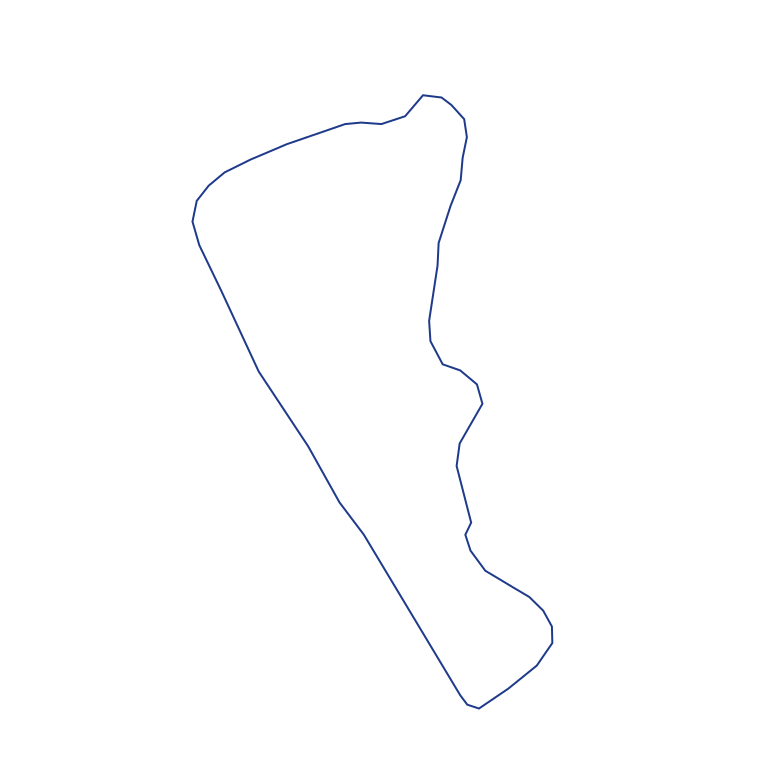 outline of Elobey Chico, Equatorial Guinea, rotated 194°
{"feature_id": "11065452B42024070816207", "entity_name": "Elobey Chico", "entity_type": "district", "adm_level": 2, "iso_a3": "GNQ", "parent_name": "Equatorial Guinea", "parent_adm1": "", "projection": "albers", "projection_center": [9.518, 1.0], "detail": "fine", "context": "isolated", "style": "outline", "palette": "blue", "viewbox_px": 768, "rotation_deg": 194, "n_neighbors": 0, "source": "geoboundaries", "source_scale": "gbopen_adm2", "svg_char_len": 751}
<svg xmlns="http://www.w3.org/2000/svg" viewBox="0 0 768 768"><g transform="rotate(194 384 384)"><path d="M225.6,93.0L213.3,92.1L189.6,118.6L167.6,147.8L158.0,173.4L162.4,189.3L174.7,202.6L191.5,212.5L212.3,218.7L240.5,227.3L259.7,243.2L268.6,257.4L265.9,270.6L293.7,322.0L296.2,344.6L283.7,388.6L293.7,406.1L313.3,415.6L331.8,417.3L349.3,436.8L355.5,456.2L360.7,511.9L365.1,534.0L362.5,572.9L358.9,600.3L362.4,622.4L363.3,643.6L370.3,660.4L386.1,671.0L397.5,675.9L416.0,673.6L428.3,648.9L449.4,635.6L469.5,632.1L484.6,626.8L536.3,593.2L567.9,569.4L589.8,550.8L602.1,534.0L610.0,516.4L609.1,495.2L596.8,474.0L564.4,435.0L508.6,365.8L442.4,305.1L398.5,258.3L367.1,232.9L234.6,100.3L225.6,93.0Z" fill="none" stroke="#1e3a8a" stroke-width="2"/></g></svg>